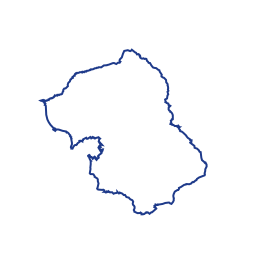 Pasuruan, Jawa Timur, Indonesia, rotated 208°
{"feature_id": "22746128B81373906315979", "entity_name": "Pasuruan", "entity_type": "district", "adm_level": 2, "iso_a3": "IDN", "parent_name": "Indonesia", "parent_adm1": "Jawa Timur", "projection": "mercator", "projection_center": [112.85, -7.751], "detail": "fine", "context": "isolated", "style": "outline", "palette": "blue", "viewbox_px": 256, "rotation_deg": 208, "n_neighbors": 0, "source": "geoboundaries", "source_scale": "gbopen_adm2", "svg_char_len": 5788}
<svg xmlns="http://www.w3.org/2000/svg" viewBox="0 0 256 256"><g transform="rotate(208 128 128)"><path d="M42.8,133.5L42.8,133.1L43.9,133.3L44.4,133.7L47.6,134.4L49.3,136.2L52.5,140.8L53.1,140.6L53.9,140.7L54.8,141.5L57.3,142.2L59.9,141.8L61.0,143.4L66.1,144.2L66.3,144.4L65.5,145.6L65.9,146.0L66.1,147.0L67.6,146.6L67.8,147.1L70.6,147.4L72.6,148.2L72.9,148.6L77.2,149.8L79.1,150.1L80.3,149.7L80.9,149.9L81.4,150.9L82.9,151.3L83.2,152.3L82.9,152.9L83.4,152.7L83.4,153.1L84.5,153.6L84.8,153.7L85.2,152.3L86.1,152.6L87.6,151.7L89.3,152.0L90.0,151.9L90.3,151.6L90.7,151.9L90.9,151.6L91.5,151.7L92.4,151.4L92.6,152.1L92.2,152.5L92.5,152.7L92.5,153.4L93.6,154.6L93.2,155.2L93.4,156.2L93.0,156.4L93.5,157.2L93.1,156.9L92.7,157.1L94.5,160.4L95.9,161.6L97.6,162.3L98.1,162.2L98.1,162.4L99.0,162.8L99.9,162.8L100.9,163.5L101.7,165.2L101.0,167.4L102.0,167.5L102.7,167.1L103.9,168.5L105.8,168.2L106.3,168.7L107.2,168.5L107.3,169.1L108.6,170.6L107.4,172.4L108.4,175.2L108.3,176.6L110.1,178.5L109.8,179.8L110.9,180.8L111.2,182.0L112.5,183.8L113.0,184.0L113.4,185.0L114.0,185.6L115.6,186.2L117.0,188.3L119.7,189.2L120.8,189.0L122.6,189.2L122.9,189.5L123.2,190.9L126.5,192.7L127.4,193.7L129.0,193.6L131.1,194.1L133.2,193.4L134.4,193.2L136.7,194.2L139.1,195.7L140.4,195.2L141.4,195.9L142.7,196.2L144.2,197.6L144.9,197.5L145.9,196.7L147.0,196.8L148.0,195.9L148.8,195.7L150.2,195.9L151.1,196.7L151.0,197.0L151.7,197.2L151.6,197.7L152.4,198.0L153.4,198.2L154.6,197.2L156.2,198.2L157.2,198.1L161.4,198.9L161.6,197.7L162.2,196.9L164.7,196.6L167.5,194.3L167.3,191.3L166.6,187.4L167.4,184.7L167.0,183.3L166.3,183.0L166.2,182.6L165.9,182.7L166.0,181.7L167.5,180.9L168.4,179.0L170.9,178.8L171.9,178.1L174.7,174.9L176.0,173.8L176.1,173.5L178.7,171.9L180.1,169.0L182.4,167.9L182.8,167.1L183.2,167.0L183.9,166.5L183.9,166.1L185.6,164.9L185.6,164.6L186.7,163.2L188.3,162.4L188.3,161.7L188.8,161.7L189.6,160.2L191.2,159.2L191.2,158.6L192.1,158.2L191.9,157.9L192.6,157.6L192.9,156.7L194.1,156.6L194.1,156.2L194.9,155.9L194.8,155.4L195.3,155.4L196.7,154.7L197.5,153.5L199.0,152.7L199.0,152.0L199.7,151.9L200.1,150.8L199.7,150.4L200.0,149.6L199.7,149.1L200.3,148.8L200.4,147.9L201.0,147.1L200.9,146.6L200.5,146.7L200.2,146.4L201.2,145.1L201.1,144.3L201.6,143.7L201.2,141.8L201.9,140.0L201.6,138.0L200.7,136.7L201.7,133.7L202.8,132.9L203.0,131.9L203.0,131.0L202.4,130.1L202.6,128.8L202.4,128.4L202.2,127.2L202.9,126.2L203.5,126.0L204.1,125.0L204.4,125.1L205.1,124.6L205.2,124.2L205.6,124.2L205.7,123.5L206.2,123.6L206.3,123.1L207.2,122.7L207.5,121.9L207.8,122.0L207.7,121.5L207.9,120.6L208.3,120.6L208.5,119.2L208.9,118.7L209.5,118.6L209.8,117.9L210.3,117.9L210.8,117.3L210.9,116.4L211.3,116.2L211.2,115.6L211.7,115.6L211.7,115.1L212.6,113.9L213.0,114.0L213.6,113.1L215.1,113.2L215.1,112.6L215.5,112.9L216.0,112.5L216.4,112.7L217.9,111.2L217.4,111.2L216.2,111.9L214.9,111.4L213.6,111.5L212.8,111.0L212.9,110.7L212.4,110.7L212.3,109.3L211.6,109.4L211.0,109.0L206.4,101.3L203.2,97.7L200.7,95.9L197.9,94.4L193.3,92.8L193.3,91.5L191.0,91.3L191.0,92.3L191.4,93.0L190.7,92.8L190.7,93.1L188.4,94.1L184.4,94.8L180.9,95.9L180.4,95.7L180.5,95.4L180.2,95.2L179.9,95.7L179.3,95.7L178.2,95.5L176.0,94.4L175.6,94.5L174.8,93.7L174.9,93.4L174.1,93.3L174.2,93.0L172.9,92.1L173.1,91.8L170.4,88.4L169.8,87.1L169.6,84.7L169.2,83.9L168.4,83.5L168.0,83.6L168.0,83.4L167.3,83.7L167.4,85.6L167.1,87.6L166.4,88.4L165.7,88.6L165.3,89.6L165.5,90.2L165.2,91.2L164.3,92.8L164.9,93.8L164.2,94.3L163.8,94.2L163.6,94.5L163.0,94.5L162.7,94.9L162.0,94.8L162.4,95.7L162.0,96.2L162.3,96.9L160.3,99.8L159.1,99.2L158.4,99.8L157.1,102.3L155.7,101.6L155.2,103.2L154.5,102.9L154.2,103.5L153.0,103.1L152.8,103.6L152.1,103.4L151.5,104.3L149.8,105.9L149.5,105.6L149.1,105.8L147.7,105.5L148.1,104.6L147.5,102.3L146.2,102.1L146.4,101.6L145.6,101.1L145.5,101.4L144.7,101.0L144.2,101.4L142.9,100.9L143.9,100.6L144.6,99.2L143.8,98.5L143.0,98.3L143.4,97.2L143.6,97.0L144.9,97.6L144.9,96.8L142.0,95.1L141.6,95.9L141.2,95.8L140.6,96.9L140.4,96.8L140.1,97.1L139.8,95.8L140.4,94.1L139.6,93.7L140.1,92.0L140.6,91.4L141.2,89.4L140.8,89.1L140.9,88.6L140.0,88.2L139.9,87.8L140.7,86.4L140.8,85.1L141.8,85.4L141.6,86.0L142.1,86.2L142.1,86.5L144.0,87.0L144.4,86.1L143.9,85.9L144.7,84.2L146.6,85.3L147.4,84.7L149.0,85.9L149.6,86.0L150.2,84.8L149.8,84.3L148.4,83.9L147.7,83.0L145.7,81.6L145.2,81.5L145.4,81.2L143.9,78.5L142.6,75.2L141.9,74.3L140.5,70.1L139.5,69.7L137.3,70.8L136.6,70.8L134.4,69.5L134.4,69.2L131.4,69.0L130.5,68.4L129.7,66.9L128.0,65.2L126.8,60.8L126.9,60.2L126.1,59.6L125.0,59.8L121.6,61.3L120.9,61.9L120.2,61.9L119.6,61.8L118.9,61.2L119.2,60.4L118.6,60.7L117.4,60.6L116.9,61.0L116.9,62.0L115.9,62.0L115.7,63.0L115.1,62.9L115.0,62.5L114.2,62.9L113.8,62.7L111.8,63.8L109.9,63.2L109.1,64.2L107.7,65.2L107.1,66.3L107.3,66.6L105.5,65.9L104.8,66.4L104.9,67.1L102.3,67.4L100.3,66.8L99.2,67.5L97.0,66.3L94.6,66.9L93.7,66.5L92.3,66.1L90.8,66.3L89.9,66.1L88.8,65.3L88.4,63.6L87.6,62.6L86.0,62.1L85.1,61.4L84.5,60.1L84.4,58.3L83.2,57.5L83.1,57.1L79.6,57.3L77.3,58.7L77.2,59.2L76.3,59.1L76.4,58.7L75.5,58.6L75.4,58.2L74.4,58.7L73.3,59.7L73.4,60.0L71.9,61.9L72.2,62.1L71.9,62.4L71.2,62.4L70.9,62.8L68.7,62.4L67.8,64.6L67.2,64.9L65.2,70.1L66.0,70.5L67.6,70.5L67.6,70.8L67.9,71.4L67.6,71.5L68.1,71.8L67.9,72.3L67.5,71.9L67.3,73.1L67.5,73.4L66.5,73.5L65.6,74.0L65.8,74.5L64.3,75.3L61.8,77.2L59.9,79.3L57.2,81.2L56.5,81.5L55.4,81.2L54.0,81.4L53.5,84.1L53.7,85.8L54.4,86.8L54.5,87.5L55.5,88.4L56.2,89.5L56.6,90.9L56.8,93.4L56.7,94.0L55.2,96.5L54.5,96.9L54.4,98.2L54.9,99.0L53.6,100.7L51.7,104.2L50.3,105.3L50.3,105.8L49.8,106.1L47.5,107.1L46.1,108.7L46.0,109.8L45.3,110.9L44.6,111.0L43.9,113.0L43.5,113.8L43.1,114.0L43.2,115.4L42.0,117.7L38.1,122.2L38.4,123.3L39.1,123.9L39.6,126.2L40.4,127.9L40.5,130.9L41.5,132.6L42.8,133.5Z" fill="none" stroke="#1e3a8a" stroke-width="2"/></g></svg>